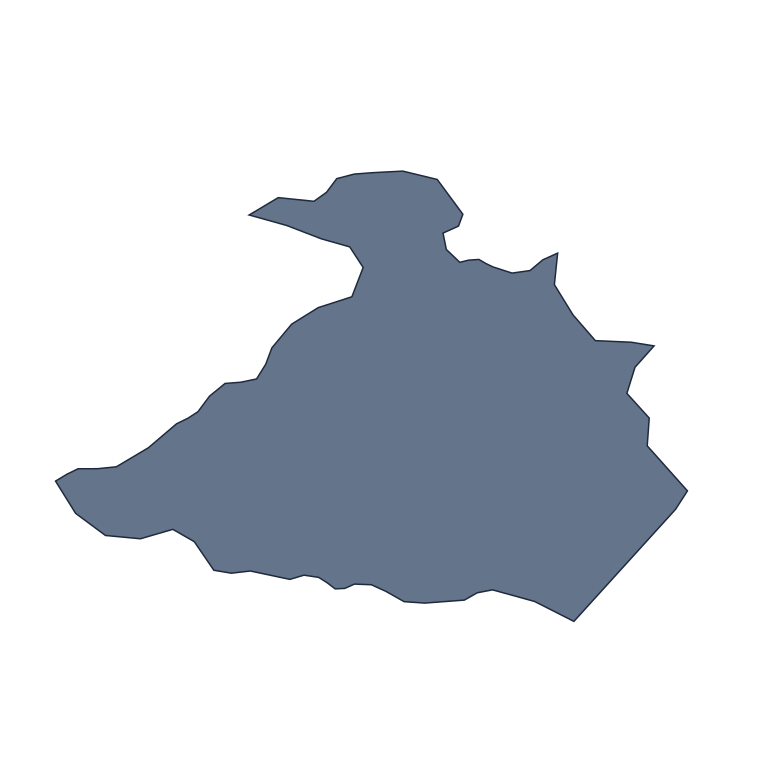 outline of Amuria, rotated 97°
{"feature_id": "UGA-3124", "entity_name": "Amuria", "entity_type": "District", "adm_level": 1, "iso_a3": "UGA", "parent_name": "Uganda", "parent_adm1": "", "projection": "robinson", "projection_center": [33.651, 2.061], "detail": "fine", "context": "isolated", "style": "filled", "palette": "slate", "viewbox_px": 768, "rotation_deg": 97, "n_neighbors": 0, "source": "natural_earth", "source_scale": "10m", "svg_char_len": 1128}
<svg xmlns="http://www.w3.org/2000/svg" viewBox="0 0 768 768"><g transform="rotate(97 384 384)"><path d="M232.7,538.5L211.9,511.7L211.2,475.8L200.7,464.4L185.9,455.9L179.3,439.2L175.6,420.8L170.4,391.3L174.5,356.1L205.9,326.4L218.2,329.3L227.0,343.8L242.9,338.5L254.0,323.6L250.8,315.3L248.8,305.0L251.9,297.8L254.5,290.2L258.3,270.4L253.6,252.9L241.4,241.5L232.9,227.6L264.6,227.0L292.4,204.8L315.2,179.5L312.4,143.8L313.3,120.6L336.8,136.9L363.7,141.8L385.5,116.6L413.3,115.2L453.1,69.8L472.8,79.3L596.5,166.6L581.5,208.0L575.1,251.2L579.9,266.1L588.7,277.9L596.5,316.9L597.6,337.5L589.6,356.8L584.8,372.1L586.2,388.9L591.7,398.1L593.3,407.5L588.2,416.2L583.9,425.3L583.5,440.1L589.4,453.6L585.9,493.9L590.4,512.5L589.6,530.2L563.6,553.1L554.0,575.9L567.3,606.9L568.3,642.0L550.0,674.3L520.4,698.2L512.1,687.6L505.4,677.3L503.0,658.1L498.8,639.6L476.0,610.1L448.8,585.1L441.9,574.5L434.2,565.3L417.2,555.6L402.8,541.8L399.7,526.4L394.5,511.1L378.8,503.8L361.8,499.7L335.8,482.9L316.2,458.6L301.3,426.5L270.9,418.9L252.1,434.7L247.6,463.7L238.5,500.1L232.7,538.5Z" fill="#64748b" stroke="#1e293b" stroke-width="1.5"/></g></svg>